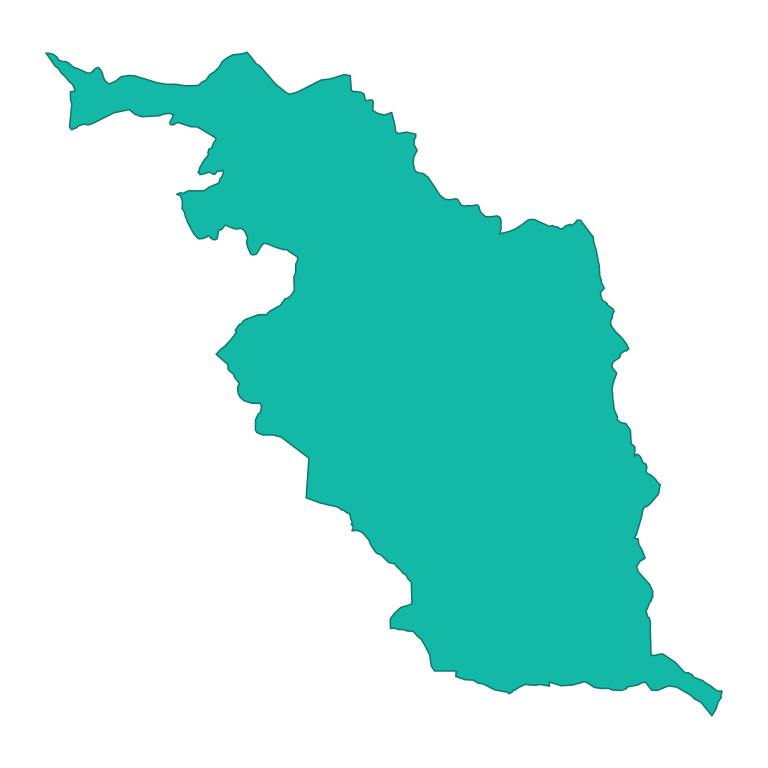 Bradulet, Arges, Romania (Robinson projection)
{"feature_id": "2599482B45671858727563", "entity_name": "Bradulet", "entity_type": "district", "adm_level": 2, "iso_a3": "ROU", "parent_name": "Romania", "parent_adm1": "Arges", "projection": "robinson", "projection_center": [24.745, 45.293], "detail": "fine", "context": "isolated", "style": "filled", "palette": "teal", "viewbox_px": 768, "rotation_deg": 0, "n_neighbors": 0, "source": "geoboundaries", "source_scale": "gbopen_adm2", "svg_char_len": 6032}
<svg xmlns="http://www.w3.org/2000/svg" viewBox="0 0 768 768"><path d="M593.2,237.1L580.4,220.1L576.9,220.3L575.2,222.8L570.9,226.0L570.3,224.4L566.1,225.6L562.0,228.9L559.7,228.6L557.1,226.7L555.0,227.1L552.7,225.5L549.3,226.3L533.7,219.3L528.3,219.9L522.4,224.4L515.4,229.0L508.6,231.7L499.8,233.7L501.1,228.5L500.9,224.5L501.2,222.6L500.7,219.1L499.7,217.1L497.1,215.9L489.7,216.9L485.4,216.6L481.1,212.7L480.0,210.7L478.8,206.3L477.5,205.1L476.1,204.9L472.0,205.9L468.7,205.6L464.5,206.1L461.3,205.2L457.5,199.2L454.9,198.8L450.3,199.8L445.8,199.4L444.5,198.8L440.3,195.6L428.2,177.4L423.2,173.5L418.6,172.9L415.1,171.1L413.3,164.0L413.7,157.2L417.1,150.4L414.0,144.5L414.3,139.3L415.6,137.9L415.8,134.2L406.5,132.1L398.2,133.6L395.7,131.6L394.7,124.3L391.7,112.5L384.5,115.0L378.3,113.6L372.8,110.6L373.2,101.9L372.4,100.2L370.3,99.9L365.8,100.7L365.2,99.8L364.0,93.9L360.5,92.1L352.4,91.3L351.3,90.0L350.3,75.6L343.8,74.7L330.8,78.8L321.0,80.1L298.2,91.7L290.3,94.3L286.5,92.9L275.5,84.0L260.3,66.4L255.8,63.4L252.9,59.1L247.0,52.3L242.5,53.8L232.7,54.8L227.3,57.7L222.2,61.7L218.9,67.4L214.5,71.7L209.9,74.5L206.2,80.0L202.0,82.0L198.3,85.5L185.2,85.8L175.7,84.3L166.1,84.3L156.6,82.6L135.2,76.0L129.8,75.4L121.2,76.7L115.5,81.2L109.5,83.9L106.7,82.5L104.8,80.2L103.4,77.1L102.1,72.4L99.4,68.2L97.7,67.5L95.2,68.6L90.9,73.1L87.2,73.0L77.9,68.7L73.5,67.3L68.2,62.7L65.6,61.6L62.0,61.4L58.8,60.2L56.6,56.7L53.3,54.4L48.7,53.2L46.1,53.2L55.1,66.1L58.5,68.7L61.0,72.6L65.1,76.5L68.9,81.2L72.7,84.6L74.7,89.4L75.1,91.1L70.4,91.8L70.5,99.6L71.8,103.9L69.5,127.2L71.7,129.7L76.9,127.6L77.5,126.3L83.3,124.2L85.6,124.2L88.1,124.9L92.6,123.5L113.9,112.8L129.2,109.6L135.6,114.8L137.7,114.9L139.6,116.3L142.7,116.7L158.9,115.8L164.0,114.0L169.2,113.3L173.5,114.9L169.7,122.9L170.8,124.8L173.7,124.7L177.5,122.4L191.2,126.8L197.2,126.8L215.7,137.9L215.6,140.3L213.8,142.3L211.6,148.0L208.8,149.3L207.9,152.7L208.5,154.9L204.1,160.1L199.6,168.0L199.1,171.1L198.0,172.2L199.8,173.7L200.0,174.7L205.7,173.4L208.3,172.2L210.0,172.4L213.5,174.4L214.8,174.2L217.4,171.2L223.3,170.8L223.4,172.6L222.7,174.8L221.8,176.8L220.2,178.5L218.7,183.2L209.7,186.8L204.8,190.4L201.0,190.9L188.8,190.8L185.0,192.3L183.2,193.6L180.9,192.7L177.6,193.7L176.9,194.5L179.3,195.1L180.7,196.1L182.4,201.6L182.2,209.0L184.1,211.5L184.8,213.2L185.5,217.2L186.6,219.0L186.9,220.9L193.6,233.5L197.0,237.5L198.6,238.8L202.7,238.6L206.8,237.0L207.9,235.8L209.1,235.8L210.8,238.2L214.3,239.9L216.9,239.0L217.8,236.2L218.2,232.4L219.2,229.5L220.7,229.9L221.8,229.5L224.3,226.0L225.7,225.1L230.9,227.5L236.3,229.1L241.0,228.3L243.4,229.8L244.9,231.5L247.7,237.9L246.5,242.3L247.9,247.7L250.9,254.3L253.4,255.0L256.5,254.0L261.7,245.4L263.9,243.4L266.6,243.6L275.8,247.3L283.5,249.7L287.1,249.6L288.2,250.9L297.7,257.2L297.5,260.2L295.7,264.3L295.7,272.2L293.9,277.2L294.3,290.2L291.4,295.1L287.9,298.0L285.0,298.9L280.2,305.5L270.0,311.0L266.0,315.0L263.9,314.5L257.9,314.9L245.9,319.3L243.6,320.7L241.5,323.8L239.4,324.4L237.7,326.7L235.3,330.3L236.3,332.6L230.8,339.7L224.8,346.3L220.9,349.1L216.2,354.3L228.0,364.7L228.0,369.2L229.9,371.4L233.1,373.8L234.7,377.5L239.4,383.6L237.9,386.3L237.7,389.4L238.2,393.4L240.1,397.2L243.9,400.6L251.2,403.1L257.3,403.4L259.7,402.8L261.6,406.2L260.4,412.1L257.8,414.7L255.5,420.1L255.4,429.8L256.7,432.4L262.8,435.0L272.8,434.9L281.0,437.0L308.9,458.1L306.2,497.8L319.9,502.9L337.7,507.0L341.3,509.7L344.0,510.5L346.7,512.6L349.4,513.8L350.0,514.6L350.7,518.4L352.2,522.9L352.0,523.6L351.4,523.9L351.4,524.9L352.3,524.9L353.3,527.2L352.9,528.2L353.2,528.8L351.9,530.4L352.1,530.8L355.7,530.5L356.3,530.1L356.8,530.6L358.0,530.5L362.6,532.7L368.8,539.9L370.8,545.1L375.3,551.7L376.8,553.2L381.0,554.9L388.8,562.6L394.9,563.9L396.1,565.9L400.8,570.4L402.9,573.2L405.8,574.8L408.1,579.0L411.3,582.1L411.9,603.7L408.9,605.1L401.0,607.3L395.3,612.5L391.1,617.6L390.2,619.9L390.5,628.4L394.7,628.2L398.4,629.5L403.4,629.6L407.7,631.1L412.4,631.1L414.4,632.5L417.3,636.1L421.8,639.8L422.5,641.7L424.2,644.1L429.8,655.1L431.2,665.9L434.6,671.0L456.1,671.0L455.9,676.5L465.0,679.7L473.2,680.1L477.6,682.9L483.5,684.0L494.4,689.7L504.6,691.8L506.9,691.8L509.0,693.6L512.1,692.2L512.9,690.7L515.0,690.0L519.3,687.1L525.3,684.4L531.0,685.1L536.9,685.2L537.7,684.5L542.4,684.8L549.4,686.1L549.4,682.0L561.2,685.8L572.6,685.0L584.4,681.7L587.8,683.0L593.8,687.1L595.5,687.6L601.2,688.5L608.3,688.3L613.0,690.1L621.6,690.4L626.3,688.7L627.7,686.9L638.3,684.8L641.1,683.0L645.5,682.0L651.5,690.1L657.6,690.3L668.5,685.9L676.5,687.0L690.9,695.3L694.7,699.0L701.0,702.3L711.9,715.7L715.7,709.6L718.2,702.1L721.3,697.3L720.8,695.2L721.9,692.6L721.9,691.1L717.0,690.9L710.0,685.4L705.7,683.1L702.7,680.6L693.6,677.3L692.2,674.8L688.5,672.8L686.3,672.9L684.0,671.9L675.6,662.6L663.0,654.1L660.4,654.0L655.5,655.3L651.1,655.4L650.3,630.4L650.5,623.9L649.7,619.1L649.0,617.7L648.1,617.5L645.9,610.7L647.3,608.9L649.2,603.5L651.1,600.8L652.1,597.4L652.6,597.4L652.8,591.5L649.5,584.3L638.2,571.7L636.7,566.1L640.0,561.3L645.1,558.1L642.1,550.2L638.9,544.7L638.1,539.0L634.2,537.8L636.5,534.2L641.7,516.4L642.8,510.1L645.0,506.2L646.5,506.8L650.4,503.5L657.9,494.8L658.7,493.2L659.7,486.7L660.4,485.0L657.4,482.2L655.4,479.2L651.5,475.5L647.0,473.2L645.9,470.3L647.0,467.5L646.0,464.2L643.0,462.6L640.6,457.0L639.1,455.3L636.7,454.1L635.2,455.9L634.3,456.2L634.9,450.3L634.9,447.2L632.9,444.9L631.2,444.2L630.5,430.9L629.5,428.7L625.8,423.6L620.8,422.6L617.9,420.4L617.3,419.3L617.4,416.9L614.2,409.5L612.5,395.6L612.7,393.9L612.0,390.8L612.1,388.5L613.6,381.8L616.6,373.8L616.3,372.5L612.5,368.0L612.1,364.3L613.5,361.6L619.5,357.6L620.3,355.9L620.0,354.2L624.9,350.7L626.3,351.0L628.7,348.9L626.6,344.3L622.5,338.5L615.4,331.5L611.5,326.2L610.7,323.6L610.8,320.6L612.2,318.0L612.7,314.1L614.1,311.3L612.9,308.9L607.7,305.2L607.1,303.6L605.3,302.0L603.8,301.4L602.0,299.3L600.6,294.4L600.6,292.2L604.3,288.3L601.4,282.5L601.1,279.7L599.8,275.9L599.3,266.3L596.0,249.4L593.8,242.3L593.2,237.1Z" fill="#14b8a6" stroke="#0f766e" stroke-width="1.5"/></svg>